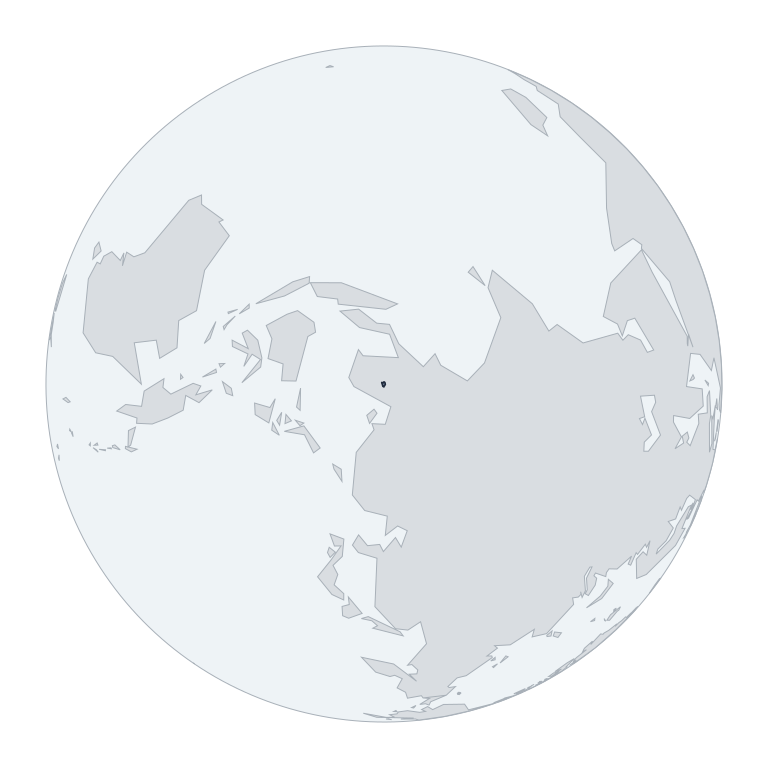 globe centered on Amnat Charoen, rotated 147°
{"feature_id": "THA-427", "entity_name": "Amnat Charoen", "entity_type": "Province", "adm_level": 1, "iso_a3": "THA", "parent_name": "Thailand", "parent_adm1": "", "projection": "orthographic", "projection_center": [104.701, 15.883], "detail": "fine", "context": "on_globe", "style": "filled", "palette": "slate", "viewbox_px": 768, "rotation_deg": 147, "n_neighbors": 0, "source": "natural_earth", "source_scale": "10m", "svg_char_len": 10945}
<svg xmlns="http://www.w3.org/2000/svg" viewBox="0 0 768 768"><g transform="rotate(147 384 384)"><circle cx="384" cy="384" r="338" fill="#eef3f6" stroke="#a8b0b8"/><path d="M698.1,496.5L697.5,498.7L697.3,499.1L698.1,496.5ZM537.7,83.1L540.2,86.0L552.4,93.8L541.1,87.7L571.6,108.4L580.7,119.2L563.6,103.1L556.6,98.8L559.4,103.6L552.8,100.3L550.4,101.1L542.2,97.2L532.9,89.2L527.5,86.8L529.8,90.5L523.1,89.7L520.5,84.4L508.6,82.8L490.8,71.6L490.6,64.7L474.0,59.0L464.5,55.8L489.6,63.0L514.0,72.1L537.7,83.1ZM695.9,254.1L695.7,253.7L695.2,252.3L695.9,254.1ZM562.6,100.8L560.4,98.3L564.8,102.0L562.6,100.8ZM551.5,102.0L554.2,104.0L551.8,103.7L551.5,102.0ZM537.1,97.6L532.3,97.0L535.6,96.1L537.1,97.6ZM528.5,95.8L517.1,95.5L522.2,99.4L501.3,89.1L517.9,92.1L521.1,90.2L523.3,93.2L528.5,95.8ZM461.1,55.0L461.5,55.1L452.5,53.1L458.4,54.7L446.2,52.3L440.3,50.9L441.8,51.1L436.0,50.2L435.2,50.0L461.1,55.0ZM491.6,83.9L487.5,83.0L490.0,82.5L491.6,83.9ZM429.1,49.1L429.6,49.2L419.5,48.0L422.2,48.3L422.3,48.3L429.1,49.1ZM465.9,56.5L465.3,56.9L455.3,54.9L453.7,54.9L446.1,52.3L465.9,56.5ZM418.5,47.8L414.4,47.5L408.7,47.0L410.4,47.1L418.5,47.8ZM434.2,49.9L434.5,50.0L431.0,49.5L434.2,49.9ZM413.0,47.4L415.0,47.6L416.2,47.8L412.0,47.5L413.0,47.4ZM439.5,51.4L435.5,50.8L442.1,52.3L434.9,51.5L431.1,50.1L429.7,50.3L427.5,50.1L426.9,49.4L439.5,51.4ZM411.5,48.0L404.2,46.9L392.5,46.3L390.9,46.2L410.0,47.2L411.5,48.0ZM420.6,48.8L414.6,48.1L415.7,47.9L420.5,48.3L420.6,48.8ZM431.3,51.6L443.4,53.2L443.8,53.5L431.3,51.6ZM407.8,47.8L409.7,48.1L406.9,47.7L407.8,47.8ZM423.9,50.2L428.1,50.6L428.4,51.0L423.9,50.2ZM409.8,48.7L407.5,48.2L410.7,48.2L409.8,48.7ZM416.1,49.4L415.5,49.8L413.2,48.5L417.9,49.5L416.1,49.4ZM423.5,50.5L425.1,50.8L421.7,50.3L423.5,50.5ZM399.1,49.3L395.4,47.8L402.4,47.6L405.1,49.0L399.1,49.3ZM117.4,176.4L116.5,180.2L114.3,184.2L104.0,197.4L93.0,226.3L102.1,217.0L102.8,236.7L110.2,242.7L131.7,217.1L119.8,206.6L128.3,191.6L146.4,188.6L158.3,199.8L162.0,194.4L163.4,177.6L175.2,171.2L164.9,171.3L162.3,177.8L155.8,178.5L157.7,172.7L161.8,170.3L160.8,165.5L141.5,179.4L136.9,187.5L128.6,183.7L120.0,197.3L114.6,201.2L127.0,179.8L132.7,173.5L148.2,149.5L141.5,155.4L126.3,179.0L127.0,175.8L117.7,185.7L125.3,175.8L143.7,150.0L142.2,148.4L134.1,156.6L151.2,139.0L158.3,132.6L169.8,122.6L172.9,120.1L169.7,122.9L174.9,118.7L173.2,120.9L184.1,114.5L184.5,116.3L201.6,105.7L204.0,105.6L193.2,111.6L185.8,117.5L188.2,124.3L192.4,123.2L203.3,116.1L202.6,119.6L212.9,112.0L220.5,113.9L219.8,105.7L232.7,98.9L244.3,96.4L248.4,93.1L229.5,97.4L222.1,100.7L215.9,105.6L195.6,115.3L192.0,115.0L212.8,100.5L210.1,99.0L227.5,89.8L267.8,81.4L278.0,83.3L267.9,99.6L258.1,102.2L256.9,97.3L246.2,107.7L252.7,104.0L252.1,107.3L264.2,103.0L264.4,105.2L275.8,97.7L277.3,100.0L270.1,104.8L289.3,101.9L295.9,106.4L300.2,104.7L302.9,101.7L309.6,110.3L312.4,108.8L311.4,105.3L316.4,100.3L327.8,95.3L329.5,98.5L325.6,100.7L319.9,110.9L309.2,117.3L311.1,118.3L320.7,113.6L327.7,100.9L334.1,97.1L332.2,102.7L333.4,100.3L337.1,99.5L342.3,101.9L345.0,95.9L383.6,86.1L397.5,91.2L391.5,96.4L420.2,96.5L433.8,104.3L432.7,100.7L445.8,99.8L441.7,97.2L442.2,95.6L473.9,94.6L482.7,97.7L495.2,95.5L494.7,94.0L488.9,91.3L501.3,89.1L522.2,99.4L522.4,102.2L535.4,107.7L533.8,113.7L538.5,122.0L529.2,126.9L533.7,133.9L538.3,135.4L547.9,146.9L551.7,167.1L528.4,143.9L518.6,117.0L520.8,126.8L514.3,123.0L511.4,125.8L513.4,133.5L517.4,135.3L489.8,143.0L482.8,164.7L498.0,164.6L507.6,172.5L512.9,202.2L484.8,241.7L497.3,256.6L498.2,266.1L487.5,271.3L485.9,257.4L475.0,251.8L475.8,243.8L458.0,249.0L458.4,237.8L444.4,248.3L449.9,257.5L465.4,256.3L453.2,271.4L469.1,288.4L471.0,308.2L444.5,341.8L417.3,351.0L415.7,357.3L404.9,349.5L390.6,361.2L410.6,398.2L410.0,408.6L386.7,426.8L386.2,419.1L357.6,398.3L352.2,422.7L373.8,444.7L381.2,469.1L364.5,460.6L357.0,439.0L346.9,431.0L349.7,409.7L341.6,377.1L324.7,381.6L326.2,368.8L312.4,341.2L288.3,346.9L249.9,376.0L244.3,408.1L231.2,420.4L215.9,370.5L216.9,338.6L206.4,339.6L194.7,310.0L160.3,299.3L159.8,290.6L152.3,292.3L144.9,281.1L145.9,267.1L139.3,265.6L137.8,302.6L145.4,304.6L157.9,294.6L155.5,307.1L163.3,321.2L138.8,345.2L95.0,356.3L98.2,331.7L103.7,258.9L107.7,252.6L108.0,251.8L108.6,250.3L101.4,260.1L104.8,246.6L93.8,294.6L88.7,314.2L94.3,357.5L91.9,360.4L95.9,370.4L118.0,370.0L116.5,377.8L101.5,410.4L77.5,448.7L85.1,484.2L90.7,512.2L85.4,523.9L95.6,546.7L94.3,550.7L100.7,562.9L105.1,573.0L108.9,580.2L95.6,560.1L83.8,539.2L73.5,517.4L64.8,495.0L57.8,472.0L52.3,448.6L48.6,424.9L46.5,400.9L46.2,376.9L47.5,352.9L50.6,329.0L55.3,305.4L61.8,282.3L69.8,259.6L79.4,237.6L90.6,216.3L103.3,195.9L117.4,176.4ZM163.3,227.3L175.5,234.1L183.2,214.6L188.6,215.9L189.3,209.2L183.8,213.2L187.4,195.6L197.4,193.5L202.7,186.1L198.9,183.6L179.9,190.6L174.6,215.1L166.1,220.7L163.3,227.3ZM203.7,98.2L205.2,97.3L200.3,100.6L194.5,104.3L194.3,104.3L203.7,98.2ZM181.6,113.4L183.7,112.0L188.4,108.5L194.7,104.6L215.4,91.7L216.4,91.8L212.3,93.8L210.9,95.1L204.0,98.8L184.7,112.7L178.3,117.1L181.0,113.9L181.6,113.4ZM275.5,64.0L266.2,68.0L258.9,70.7L258.0,70.4L261.7,69.0L275.5,64.0ZM350.6,47.7L359.7,47.2L374.4,46.4L378.8,46.6L373.0,46.9L381.6,46.9L373.6,47.7L376.7,48.1L371.9,49.7L358.9,50.9L363.3,51.2L359.9,53.2L349.2,54.8L352.5,52.9L338.4,56.4L336.6,54.8L335.1,55.3L329.6,55.0L320.3,55.9L321.1,55.1L317.1,55.9L313.4,56.1L308.2,57.1L307.8,56.2L301.4,57.5L304.8,56.5L294.0,59.1L301.9,56.9L297.8,57.6L292.3,59.4L296.6,57.6L323.4,51.6L350.6,47.7ZM397.4,49.7L382.3,50.4L373.9,50.1L385.8,47.5L384.1,47.1L391.4,46.4L403.4,47.0L400.2,47.0L399.9,47.3L396.3,47.0L398.9,47.5L394.6,47.7L395.5,48.3L390.4,48.3L397.4,49.7ZM118.4,180.6L117.9,182.5L118.6,183.9L112.8,190.6L118.4,180.6ZM130.4,163.0L130.9,163.2L123.1,172.4L123.6,170.9L130.4,163.0ZM138.0,156.0L131.6,162.5L135.3,158.1L138.0,156.0ZM194.4,111.8L195.7,112.1L193.3,114.0L189.4,116.0L194.4,111.8ZM307.0,68.4L310.2,66.5L312.2,66.4L323.5,63.0L325.7,64.5L319.7,67.1L307.0,68.4ZM125.8,220.0L119.8,223.5L120.4,219.9L122.4,219.4L125.8,220.0ZM113.0,206.1L112.7,212.6L111.4,207.8L113.0,206.1ZM311.2,69.5L315.6,67.8L314.0,69.6L311.2,69.5ZM327.8,65.5L327.1,67.4L327.2,64.3L327.8,65.5ZM253.5,677.5L260.5,681.2L255.9,680.5L253.5,677.5ZM119.5,521.5L125.3,566.0L117.0,562.4L108.9,547.0L102.3,518.8L109.8,514.6L111.6,503.0L119.5,521.5ZM466.1,526.3L476.2,527.8L475.7,529.3L466.1,526.3ZM455.7,521.1L467.2,521.7L453.6,524.4L455.7,521.1ZM471.7,522.0L483.4,519.2L488.5,516.7L487.5,519.8L471.7,522.0ZM447.8,521.1L404.9,519.4L387.9,514.6L391.9,509.3L419.4,512.0L447.8,521.1ZM390.6,509.1L364.6,492.1L329.0,443.8L341.7,445.6L378.9,475.9L376.6,480.5L392.3,493.7L390.6,509.1ZM453.4,482.9L450.9,497.2L427.3,495.3L416.5,492.6L409.1,473.9L413.2,464.7L422.0,465.3L456.2,434.4L468.1,442.5L457.7,455.8L467.4,468.5L453.4,482.9ZM245.6,411.4L252.5,431.9L245.4,434.0L245.6,411.4ZM469.9,412.3L456.2,426.0L468.7,407.6L469.9,412.3ZM477.2,394.8L478.1,401.9L472.5,394.9L477.2,394.8ZM415.5,367.1L406.1,368.3L405.8,363.3L417.6,358.8L415.5,367.1ZM472.3,325.2L472.3,339.9L470.6,344.8L466.3,335.8L472.3,325.2ZM336.1,86.0L318.0,88.4L306.4,92.5L302.2,98.0L300.4,91.9L318.3,85.5L336.1,86.0ZM377.5,85.4L381.2,81.7L384.8,83.4L384.4,84.5L377.5,85.4ZM376.0,83.1L370.7,78.7L376.2,76.7L379.3,80.5L376.0,83.1ZM340.3,72.2L334.8,72.6L336.2,70.9L340.3,72.2ZM619.6,623.9L620.1,624.6L610.5,633.8L598.7,643.7L590.4,648.7L619.6,623.9ZM545.8,658.3L548.8,649.6L560.2,647.3L552.6,655.7L545.8,658.3ZM627.6,616.2L636.3,606.5L642.9,596.1L637.9,605.0L640.8,603.1L621.9,623.2L627.6,616.2ZM513.1,624.3L447.7,644.4L434.1,641.9L439.1,634.0L429.6,609.2L434.2,609.8L433.0,592.6L472.5,577.1L501.3,547.6L521.6,549.0L537.9,527.1L558.2,527.7L551.1,544.8L571.0,554.6L587.6,516.0L596.5,554.9L608.8,567.2L608.5,590.8L574.7,633.2L558.3,642.4L556.6,639.3L549.4,643.8L540.2,643.2L537.9,631.2L530.7,635.6L539.0,625.6L528.0,634.7L524.5,626.9L513.1,624.3ZM656.9,540.0L659.1,540.5L661.4,546.3L658.0,546.0L656.9,540.0ZM692.3,506.9L692.4,509.7L690.5,511.5L692.3,506.9ZM697.3,499.1L695.1,501.6L698.1,496.5L697.3,499.1ZM672.3,514.0L673.1,516.2L672.1,517.3L672.3,514.0ZM671.5,513.5L673.4,509.1L672.7,513.2L671.5,513.5ZM662.4,494.5L664.0,492.1L664.5,493.6L662.4,494.5ZM490.9,528.0L505.1,516.9L512.7,515.9L490.9,528.0ZM660.5,490.5L656.7,490.8L657.2,488.6L660.5,490.5ZM661.0,485.4L660.8,482.4L662.7,489.1L661.0,485.4ZM654.0,479.8L658.5,484.4L653.4,480.5L654.0,479.8ZM651.1,481.0L647.7,479.1L647.9,478.1L651.1,481.0ZM609.7,490.0L622.9,506.9L611.8,507.5L599.5,497.3L589.0,508.7L565.6,508.3L571.3,501.5L568.3,491.6L543.7,488.5L538.7,482.1L547.7,477.4L531.2,472.6L549.3,469.1L556.5,482.4L566.7,471.4L583.8,473.2L600.2,476.7L612.9,485.8L609.7,490.0ZM549.0,498.9L552.1,498.8L549.2,502.9L549.0,498.9ZM641.1,472.5L646.1,478.4L645.4,480.2L642.9,479.5L641.1,472.5ZM615.9,483.2L629.8,470.7L633.0,470.6L623.7,484.1L615.9,483.2ZM626.6,463.8L632.9,464.7L636.1,470.7L634.8,472.5L626.6,463.8ZM512.0,487.2L511.3,490.9L506.5,488.0L512.0,487.2ZM518.2,484.9L532.5,488.7L516.9,488.1L518.2,484.9ZM474.2,471.8L478.4,480.8L492.0,475.1L481.7,483.3L490.7,498.0L487.5,503.5L478.6,487.6L475.2,503.9L469.2,503.5L466.0,489.5L472.2,472.4L478.2,465.4L502.5,462.5L474.2,471.8ZM518.2,474.0L514.4,463.6L517.2,456.6L521.3,462.1L518.2,474.0ZM502.9,438.5L492.5,426.4L483.2,430.9L501.8,414.1L508.7,428.5L502.9,438.5ZM493.8,411.9L485.2,416.0L494.0,406.3L493.8,411.9ZM482.8,411.9L481.7,403.5L488.6,404.7L482.8,411.9ZM498.3,412.3L499.7,398.0L503.3,406.4L498.3,412.3ZM478.3,384.7L493.4,398.6L474.0,392.5L472.4,365.1L480.6,364.6L478.3,384.7ZM518.9,276.9L516.4,269.5L523.6,267.9L523.2,273.4L518.9,276.9ZM544.7,258.5L524.7,265.1L508.2,271.6L513.8,275.1L510.9,287.7L502.1,275.8L512.9,262.1L525.5,259.7L526.5,249.4L535.2,242.7L531.9,230.1L535.4,224.8L542.3,235.8L544.7,258.5ZM529.9,224.8L527.3,203.5L541.2,206.8L544.9,212.2L540.3,220.3L533.2,218.0L529.9,224.8ZM530.7,199.6L523.9,197.5L505.5,167.5L505.1,162.3L526.4,185.3L521.1,184.8L523.1,192.0L530.7,199.6ZM489.2,84.8L487.6,83.2L491.3,84.7L489.2,84.8ZM439.7,94.2L441.0,92.2L445.3,93.6L439.7,94.2ZM447.0,87.8L441.2,87.5L446.6,86.5L447.0,87.8ZM428.5,87.6L438.6,86.8L429.9,89.6L428.5,87.6Z" fill="#d9dde1" stroke="#a8b0b8" stroke-width="1"/><path d="M385.6,381.6L385.8,381.7L385.8,381.8L385.9,382.2L385.9,382.3L385.9,382.5L386.0,382.6L386.3,382.7L386.3,382.8L386.2,383.0L385.9,383.3L385.9,383.5L386.0,383.7L386.0,383.8L385.9,384.0L385.8,384.4L385.8,384.5L385.7,384.6L385.6,384.8L385.4,385.6L385.3,385.8L385.4,386.0L385.3,386.3L385.2,386.4L385.0,386.2L384.9,386.2L384.8,386.3L384.7,386.2L384.5,385.9L384.4,385.8L384.2,385.8L384.1,385.7L383.9,385.5L383.8,385.4L383.7,385.5L383.8,385.6L383.7,385.8L383.4,385.9L382.9,385.8L382.7,385.7L382.5,385.4L382.5,385.2L382.4,385.0L382.4,384.9L382.5,384.9L382.5,384.7L382.5,384.4L382.6,384.2L382.6,383.9L382.8,383.7L382.9,383.4L383.0,383.3L383.1,383.2L383.2,382.8L383.3,382.8L383.3,382.7L383.5,382.6L383.9,382.5L384.4,382.4L384.6,382.4L384.6,382.2L384.8,382.2L385.0,382.1L385.2,381.9L385.5,381.7L385.6,381.6Z" fill="#64748b" stroke="#1e293b" stroke-width="1.5"/></g></svg>